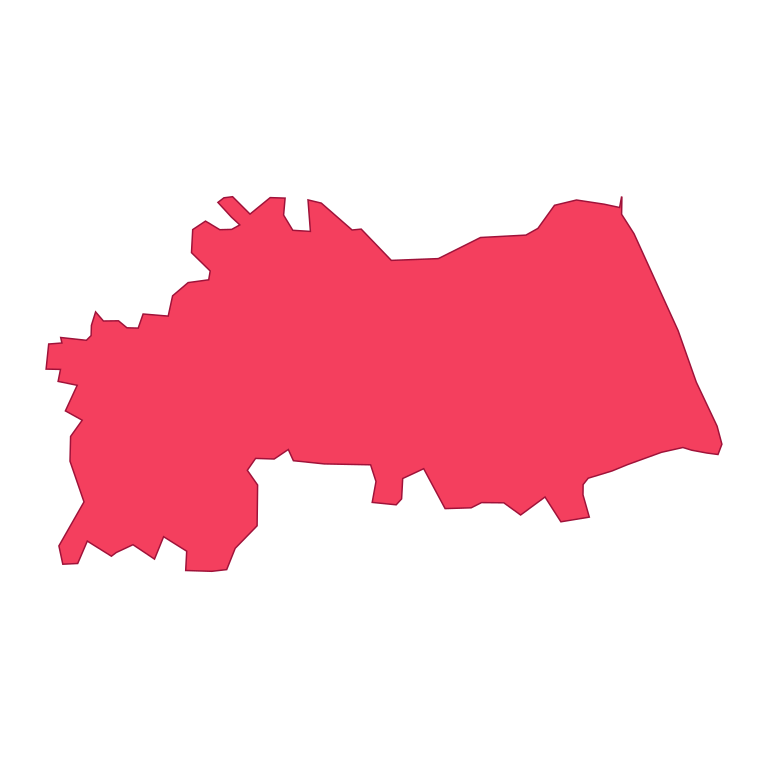 Urgut, Samarkand, Uzbekistan
{"feature_id": "79887680B70899429425762", "entity_name": "Urgut", "entity_type": "district", "adm_level": 2, "iso_a3": "UZB", "parent_name": "Uzbekistan", "parent_adm1": "Samarkand", "projection": "equal_earth", "projection_center": [67.137, 39.37], "detail": "fine", "context": "isolated", "style": "filled", "palette": "rose", "viewbox_px": 768, "rotation_deg": 0, "n_neighbors": 0, "source": "geoboundaries", "source_scale": "gbopen_adm2", "svg_char_len": 1456}
<svg xmlns="http://www.w3.org/2000/svg" viewBox="0 0 768 768"><path d="M589.3,517.1L583.0,494.9L583.1,484.6L588.2,478.2L612.2,470.9L627.3,464.7L661.5,452.3L682.9,447.5L691.7,450.2L706.7,453.0L718.0,454.5L721.9,444.2L717.1,426.2L706.9,404.6L696.3,382.2L678.1,330.6L634.0,233.7L621.6,214.3L621.9,197.2L621.5,197.1L619.6,207.5L604.2,204.2L576.5,200.0L554.5,205.3L537.9,228.4L525.9,235.1L480.5,237.5L438.3,258.6L391.3,260.4L361.2,229.1L352.1,230.0L321.3,203.1L308.0,199.9L310.4,231.4L292.8,230.3L283.6,215.1L285.1,198.1L270.2,197.6L250.0,214.1L232.6,196.7L223.9,197.8L217.9,202.4L231.4,217.1L239.8,224.9L231.7,229.4L219.8,229.7L205.5,221.1L192.7,229.6L191.5,252.7L210.2,271.0L208.7,279.8L188.1,282.6L172.6,295.8L168.2,316.1L143.1,314.0L138.2,328.1L126.9,327.8L118.5,320.8L103.4,321.0L95.6,311.9L91.4,325.4L91.1,335.6L86.4,340.3L60.7,337.5L61.9,343.0L48.7,344.0L46.1,369.1L60.5,369.4L58.1,381.4L77.2,385.3L65.4,410.9L82.2,420.2L70.6,436.4L70.0,461.2L84.0,501.9L58.9,545.9L62.8,564.2L77.7,563.5L87.3,541.1L111.4,556.2L116.3,552.5L133.0,544.7L154.5,559.1L163.6,536.7L186.7,551.2L185.7,570.5L211.8,571.3L226.7,569.6L235.2,548.3L257.1,525.8L257.6,485.0L247.3,470.3L255.6,458.4L274.2,459.0L288.3,449.5L293.4,460.7L324.2,463.9L370.6,464.8L376.0,481.5L372.2,502.4L396.2,504.8L401.6,498.9L402.7,478.5L423.7,468.7L445.1,508.6L471.2,507.8L481.5,502.6L503.8,502.8L520.6,515.0L545.0,497.0L560.9,521.8L589.3,517.1Z" fill="#f43f5e" stroke="#9f1239" stroke-width="1.5"/></svg>